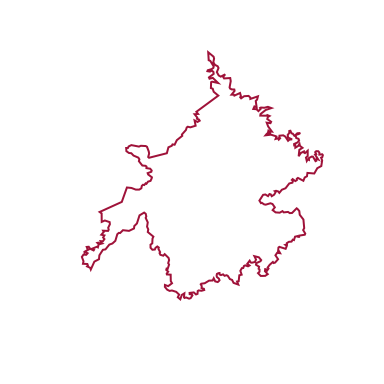 the district of Guarapuava, Paraná, Brazil, rotated 328°
{"feature_id": "56859067B420876687995", "entity_name": "Guarapuava", "entity_type": "district", "adm_level": 2, "iso_a3": "BRA", "parent_name": "Brazil", "parent_adm1": "Paraná", "projection": "albers", "projection_center": [-51.486, -25.326], "detail": "fine", "context": "isolated", "style": "outline", "palette": "rose", "viewbox_px": 384, "rotation_deg": 328, "n_neighbors": 0, "source": "geoboundaries", "source_scale": "gbopen_adm2", "svg_char_len": 6107}
<svg xmlns="http://www.w3.org/2000/svg" viewBox="0 0 384 384"><g transform="rotate(328 192 192)"><path d="M103.1,160.0L104.0,162.3L99.6,169.5L103.0,170.0L106.2,173.9L105.3,175.8L102.0,177.9L101.4,179.8L100.2,180.5L96.1,177.7L96.0,179.1L92.5,180.2L94.7,182.4L92.5,183.5L92.8,185.5L90.2,186.6L88.3,185.1L87.8,186.7L88.5,188.0L86.5,187.4L85.7,185.3L84.8,185.0L85.2,186.9L82.9,189.0L82.6,188.1L77.5,187.2L78.3,189.1L77.6,189.4L75.6,186.3L75.4,183.7L73.6,182.8L73.1,185.2L73.8,186.0L69.1,185.7L68.8,186.5L70.0,186.8L71.0,188.6L69.0,189.2L66.8,187.6L64.2,188.7L63.3,193.2L61.5,195.1L65.1,197.6L64.8,199.1L63.6,199.5L65.5,202.3L65.1,204.1L72.3,199.3L77.5,199.7L79.9,196.6L85.8,193.8L88.2,194.8L94.0,192.8L97.2,193.5L101.1,192.8L106.3,188.2L108.3,187.9L109.3,188.7L113.2,187.8L118.0,191.6L123.5,192.2L125.0,190.3L128.6,189.5L135.1,184.0L140.5,184.1L141.2,186.0L140.3,188.5L139.0,189.4L138.4,194.3L135.5,197.6L135.1,200.5L133.3,202.5L135.6,209.4L133.8,210.6L131.1,214.5L128.9,214.7L127.3,217.3L127.8,220.0L130.0,221.1L131.5,220.0L133.7,219.8L134.4,221.5L133.4,222.4L133.1,226.1L132.1,226.6L131.9,228.5L133.9,230.8L135.9,230.2L137.2,235.5L136.5,237.6L134.1,239.7L134.1,241.4L130.6,244.3L129.9,243.5L128.9,244.4L129.6,246.9L127.3,247.8L127.0,248.6L130.1,250.8L126.8,256.3L126.7,258.8L121.9,259.2L119.8,256.5L118.7,258.1L119.2,261.7L120.6,264.0L122.8,264.9L125.7,268.3L126.7,272.2L124.2,273.7L125.2,276.8L128.8,273.9L131.8,273.9L129.4,277.0L129.5,277.9L131.1,278.3L133.0,280.9L134.6,281.3L137.6,279.9L137.6,278.9L135.9,277.4L136.5,276.3L140.3,278.1L141.1,281.0L142.7,281.3L144.4,279.0L145.5,279.0L147.7,280.8L150.4,281.6L150.8,280.4L149.2,278.6L150.4,276.9L150.5,274.9L151.3,274.7L154.4,276.1L159.5,276.2L162.6,278.0L164.7,276.7L164.3,280.1L166.1,282.0L167.5,281.8L168.6,281.4L168.9,279.7L168.1,277.3L168.5,276.0L169.7,274.7L171.3,274.8L172.4,275.3L171.7,276.6L172.5,277.8L174.7,278.3L175.2,280.3L177.2,280.9L177.9,282.0L178.0,285.9L179.4,287.8L179.1,291.1L182.2,295.0L182.8,291.8L184.3,292.4L188.0,287.7L190.3,288.4L191.2,284.5L193.9,283.0L195.2,283.6L196.8,282.3L198.2,282.4L200.1,284.7L201.8,284.8L200.8,282.2L204.5,280.8L204.4,282.8L205.3,283.7L208.3,284.7L210.5,283.2L210.9,279.5L214.1,282.8L214.6,286.4L213.4,287.0L208.8,286.4L207.7,287.6L209.3,290.9L207.8,292.4L208.2,293.5L207.0,295.4L205.0,295.8L205.8,299.6L209.6,301.9L212.7,301.8L211.9,297.8L213.2,296.2L214.0,296.9L214.1,298.4L216.3,297.5L216.2,296.1L219.3,294.9L223.5,294.2L223.6,295.5L225.0,295.9L229.4,294.6L229.2,289.9L232.0,288.7L234.3,290.6L234.4,288.5L233.2,288.4L235.9,284.9L237.0,284.8L241.3,289.8L243.9,287.9L243.2,286.3L244.8,286.7L245.4,285.6L247.8,285.6L250.1,286.8L252.2,285.8L253.0,286.8L255.7,284.5L258.1,285.3L258.2,286.3L259.1,286.8L259.8,285.8L265.0,288.0L266.0,287.3L266.1,283.2L268.0,282.1L271.9,274.4L271.3,268.4L272.9,265.0L272.5,262.3L272.1,261.3L265.7,262.8L263.7,261.7L262.9,259.8L259.0,257.9L258.6,256.2L255.4,256.0L252.1,253.6L250.8,250.1L254.1,248.9L253.9,244.8L252.5,243.1L247.8,241.8L246.6,240.7L245.5,238.2L244.6,238.0L244.6,235.0L250.8,232.1L252.9,233.0L254.3,235.8L256.6,234.8L257.5,235.7L257.4,237.8L260.3,237.8L263.2,236.2L262.8,235.2L263.9,235.5L265.4,237.2L265.6,239.0L269.4,237.7L273.3,238.4L279.0,236.3L282.1,237.3L283.6,236.0L283.1,234.7L284.2,234.4L285.4,237.5L287.2,237.5L287.9,236.3L289.3,236.2L292.4,241.5L295.3,239.4L297.8,239.6L300.0,237.0L305.5,241.1L310.9,238.2L315.4,238.5L319.1,234.2L319.7,231.3L320.9,231.5L322.5,230.1L322.4,229.0L319.8,227.8L320.9,226.0L320.7,224.4L319.0,223.2L317.6,223.5L317.4,225.7L316.2,225.5L316.3,231.2L315.3,229.7L314.0,231.4L313.1,231.3L313.3,226.1L312.3,225.4L309.1,225.2L308.2,226.8L307.4,225.7L305.8,226.5L306.9,223.2L309.1,222.9L312.0,218.3L308.4,218.9L307.9,217.9L308.4,216.9L305.0,216.6L301.4,218.2L305.4,213.1L309.1,213.1L308.0,210.1L308.7,208.1L306.4,209.2L303.1,209.2L304.4,207.0L303.4,206.6L304.0,205.4L307.9,205.9L310.2,204.9L310.5,203.3L309.0,201.5L310.0,198.5L308.6,198.6L308.4,196.0L307.5,195.0L307.9,192.2L306.9,191.8L305.7,193.5L303.4,194.3L302.3,196.8L304.8,200.4L302.4,199.2L300.6,199.5L300.5,194.5L299.4,192.3L296.0,190.6L295.0,191.9L295.2,193.1L293.3,193.6L293.3,192.0L291.0,191.3L293.0,189.7L292.4,188.8L289.3,185.2L284.4,182.9L286.5,182.2L289.4,183.2L289.7,181.7L291.8,183.2L291.3,176.8L292.1,172.8L295.0,175.2L296.3,174.4L294.5,170.0L296.1,168.6L298.0,168.6L296.6,166.6L295.8,166.9L290.4,163.4L291.4,162.2L298.0,161.5L303.8,162.9L301.5,160.0L298.0,158.9L295.2,156.9L294.3,156.8L294.2,157.9L291.2,158.6L290.6,156.0L288.0,154.1L290.3,152.5L291.7,154.4L294.3,148.6L296.2,148.1L298.6,145.8L290.8,144.0L291.5,142.8L290.9,140.5L287.0,138.4L283.3,138.6L283.1,137.2L284.3,136.6L285.2,133.5L279.0,132.7L279.1,131.7L277.1,130.4L281.7,128.8L282.2,127.5L280.0,126.0L279.1,124.4L279.3,123.2L283.6,118.5L284.8,115.6L279.4,112.7L279.4,110.9L282.5,109.8L277.5,109.4L276.4,107.3L276.6,103.5L280.2,100.9L280.4,99.0L278.8,96.2L278.9,93.2L281.4,90.6L282.0,88.7L279.8,82.1L276.0,89.1L277.0,90.5L276.9,97.1L275.8,98.1L273.8,98.2L269.9,97.1L269.1,97.7L271.0,99.4L273.2,99.6L273.8,101.5L273.0,103.3L267.1,103.8L266.9,105.2L270.1,106.2L271.9,113.4L267.5,109.1L266.4,109.0L263.1,113.9L264.3,115.4L263.5,118.5L265.4,124.2L238.2,126.3L238.5,129.0L235.4,127.4L235.9,131.7L235.0,132.5L236.3,134.2L236.3,135.6L233.8,135.5L232.1,132.7L230.2,137.7L224.9,136.3L223.0,134.4L221.7,134.5L219.7,136.2L213.9,137.9L213.5,139.2L206.6,140.0L202.3,142.7L200.7,141.3L199.3,142.1L195.7,141.6L191.2,145.8L173.7,140.2L173.4,139.1L176.0,136.7L176.8,134.7L177.8,129.8L177.1,128.5L173.1,125.7L171.1,125.4L165.4,120.1L162.4,119.8L161.0,120.7L159.5,119.8L158.0,122.6L159.2,125.5L161.1,127.0L161.7,130.1L164.7,134.4L164.7,136.4L163.3,137.7L163.9,143.2L166.5,145.2L166.9,146.3L166.0,147.6L168.9,150.1L169.2,152.4L168.2,153.3L164.4,152.5L164.1,153.9L165.8,158.3L165.0,159.1L162.7,160.6L160.2,159.9L157.7,160.9L157.3,160.1L155.2,160.8L154.3,159.9L152.7,160.2L151.0,162.0L148.5,162.0L145.6,160.2L142.8,156.5L139.2,153.7L127.2,163.2L103.1,160.0ZM289.7,181.7L288.6,181.2L289.3,180.5L289.7,181.7ZM310.0,198.5L313.2,199.4L315.1,199.4L312.4,198.0L310.0,198.5Z" fill="none" stroke="#9f1239" stroke-width="2"/></g></svg>